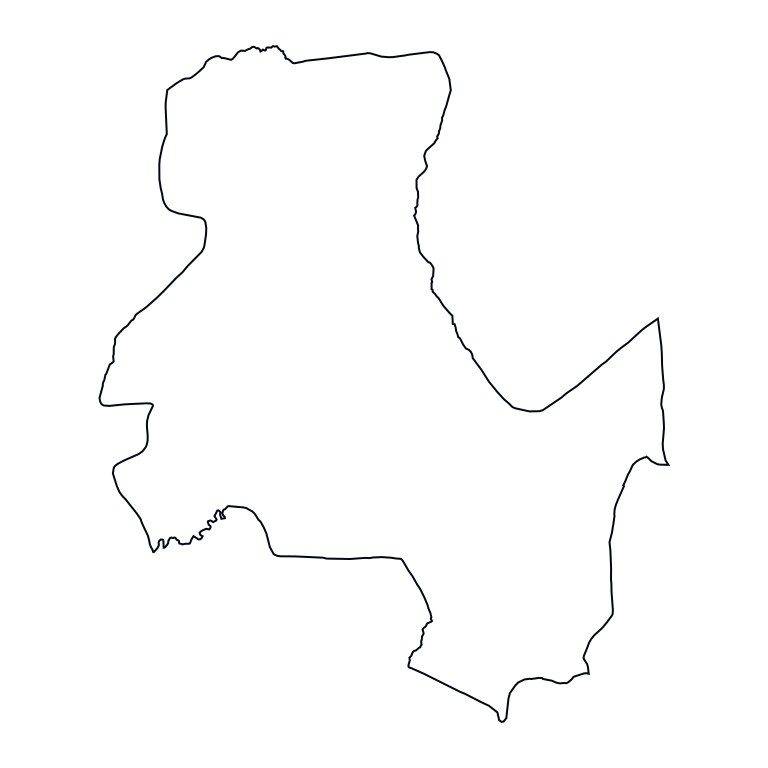 Prasat Ballangk, Kâmpóng Thum, Cambodia
{"feature_id": "14789045B6687253744380", "entity_name": "Prasat Ballangk", "entity_type": "district", "adm_level": 2, "iso_a3": "KHM", "parent_name": "Cambodia", "parent_adm1": "Kâmpóng Thum", "projection": "robinson", "projection_center": [104.812, 13.075], "detail": "fine", "context": "isolated", "style": "outline", "palette": "ink", "viewbox_px": 768, "rotation_deg": 0, "n_neighbors": 0, "source": "geoboundaries", "source_scale": "gbopen_adm2", "svg_char_len": 6047}
<svg xmlns="http://www.w3.org/2000/svg" viewBox="0 0 768 768"><path d="M588.7,673.8L588.0,667.5L587.2,664.2L584.4,659.9L583.6,658.2L583.8,656.1L587.4,647.3L589.1,642.7L591.4,638.7L594.4,635.1L601.9,628.3L606.9,622.4L612.1,615.3L612.7,613.5L612.9,610.4L611.5,591.5L611.4,583.6L611.0,580.1L611.1,568.3L610.4,550.7L609.5,542.2L612.0,532.4L613.5,523.2L614.5,516.1L614.3,513.8L614.7,509.1L615.9,504.9L617.9,499.8L624.0,486.1L623.3,485.4L625.7,480.3L627.8,474.9L630.0,471.1L632.2,466.1L633.2,464.5L636.6,461.4L639.5,459.5L644.3,457.5L645.7,457.3L646.5,456.7L647.9,457.7L651.6,461.3L657.4,464.2L659.7,464.6L668.5,464.9L665.6,460.5L663.0,449.2L662.7,443.5L664.0,428.5L663.8,422.8L663.0,411.0L661.9,407.8L661.2,404.4L661.9,397.4L663.9,388.8L663.9,385.3L663.1,378.5L662.1,365.5L661.8,352.9L661.3,345.5L657.9,318.6L644.7,327.8L640.8,331.0L628.0,342.8L622.1,347.1L616.4,351.7L605.8,361.8L601.8,364.6L577.3,385.8L566.4,393.3L561.4,397.6L542.8,410.2L539.3,411.2L529.4,411.4L515.4,408.3L512.5,407.1L508.6,403.2L503.8,399.1L497.1,391.7L489.1,381.9L481.4,369.8L472.8,358.2L472.2,354.6L470.9,351.9L468.8,349.8L465.8,348.4L463.1,344.5L460.1,338.5L458.1,336.9L457.5,334.2L456.2,331.2L455.7,327.8L454.6,324.2L452.8,324.0L452.4,315.8L449.2,312.6L443.3,305.7L438.6,298.2L436.7,296.3L434.9,293.8L432.7,291.8L432.6,289.9L431.6,289.1L431.6,282.8L432.2,282.1L431.5,279.4L433.1,276.1L433.6,268.7L433.0,266.9L431.3,264.2L429.8,262.5L428.4,262.3L423.0,256.4L419.9,252.3L418.8,247.8L418.9,246.0L418.1,243.3L417.3,236.1L418.2,231.5L418.0,229.0L418.1,225.4L414.1,215.6L415.3,214.3L416.1,211.8L415.2,207.9L416.6,206.8L417.5,205.2L417.3,203.1L417.6,199.1L418.2,197.5L418.0,191.8L416.6,188.2L416.5,179.8L418.5,176.7L423.8,171.9L425.3,170.2L426.5,167.8L427.0,166.2L425.3,161.1L424.2,156.0L424.9,153.6L425.9,151.0L427.7,149.1L434.3,143.2L435.5,140.9L437.7,138.2L437.1,136.5L438.8,133.8L439.1,131.0L440.2,128.5L440.5,125.2L442.2,120.3L442.0,117.7L443.1,115.8L444.7,110.0L446.1,106.6L449.4,94.8L450.8,90.3L449.3,78.8L445.4,69.3L445.1,67.9L441.6,60.2L439.1,55.4L437.5,54.1L433.4,52.3L429.7,52.1L408.0,54.8L405.4,55.4L392.8,57.1L388.5,57.2L381.4,56.6L370.2,53.3L367.4,53.1L366.2,53.5L328.4,58.3L305.6,60.8L303.2,61.6L294.4,63.3L292.7,62.9L289.3,59.8L286.6,58.5L285.7,58.6L285.3,57.7L285.5,56.3L284.1,54.1L283.4,53.6L283.3,51.7L282.9,51.1L281.3,51.2L280.3,49.9L278.8,48.7L276.9,46.2L274.3,46.6L273.4,46.1L272.6,46.3L271.3,47.6L267.3,47.5L266.5,47.8L265.6,50.4L264.7,50.5L262.9,49.6L261.2,51.2L260.5,51.5L259.9,49.8L259.0,48.7L257.8,48.0L256.8,48.5L254.5,47.1L253.3,46.8L252.1,47.1L250.4,48.5L247.6,49.5L245.0,50.9L241.2,50.6L239.4,51.4L237.7,52.6L235.2,56.0L232.6,59.0L231.2,59.8L224.2,58.1L221.6,57.9L219.4,56.3L218.2,56.1L215.5,56.3L211.4,57.9L208.8,59.5L206.2,61.8L203.6,67.3L196.8,73.5L191.9,77.2L189.9,78.3L185.3,78.6L182.7,79.5L176.7,83.1L167.3,90.0L165.7,102.4L165.6,107.4L166.8,134.0L164.7,138.7L162.2,146.8L159.7,159.3L159.3,165.0L159.4,179.3L160.7,188.1L162.1,193.9L163.0,199.5L164.3,203.1L166.4,206.7L168.8,209.3L171.7,211.0L178.4,213.4L200.9,217.7L203.4,219.2L204.2,220.0L205.3,221.8L206.3,228.1L206.0,234.7L204.4,245.5L203.9,247.6L201.6,251.9L187.7,266.0L182.6,272.1L176.3,277.9L163.6,291.2L156.5,298.1L146.0,307.4L136.6,314.1L135.5,315.2L134.0,318.5L132.9,319.8L131.7,320.4L130.3,321.8L128.0,325.0L126.5,326.4L123.7,328.3L118.1,334.2L115.7,337.3L115.0,339.0L115.1,342.3L114.8,344.6L113.8,347.0L113.7,354.3L113.1,356.6L113.7,361.3L113.1,362.1L109.8,364.5L106.3,373.7L105.4,374.8L104.2,380.5L103.4,381.9L102.8,383.9L102.8,385.8L99.5,397.9L100.1,401.3L100.9,403.3L102.1,404.6L103.7,405.5L109.3,405.9L125.3,404.3L146.7,403.3L150.6,403.5L152.6,404.6L153.0,405.8L148.5,415.2L147.2,420.6L146.9,423.8L147.0,427.6L147.7,435.7L147.6,440.8L146.7,444.9L145.8,447.0L142.6,451.2L138.6,454.1L124.0,460.5L117.7,463.9L116.2,465.0L114.3,466.7L113.6,468.6L112.9,473.5L116.8,486.0L119.5,492.1L122.2,495.8L125.4,499.1L136.8,513.5L140.7,519.2L141.6,522.2L143.3,526.0L147.9,535.7L149.1,540.3L149.9,544.4L151.1,547.4L152.2,549.1L153.2,552.0L153.9,552.0L157.7,547.8L158.9,544.9L158.6,542.6L158.9,541.5L159.6,540.5L160.9,539.5L162.4,539.5L163.1,540.0L163.4,541.1L163.7,547.7L164.9,547.5L167.7,544.0L168.2,543.0L168.2,541.8L168.7,540.2L170.2,537.8L171.5,537.6L173.2,538.1L174.4,537.5L175.5,537.9L176.7,539.8L178.0,540.2L179.0,541.1L179.0,542.6L179.4,543.5L181.3,543.9L182.4,544.4L185.1,543.8L189.2,543.7L190.0,543.3L191.3,539.8L193.5,536.1L198.5,539.4L200.1,539.3L201.5,538.3L202.6,536.2L200.7,535.2L200.0,534.3L199.7,532.6L200.7,531.6L202.7,530.3L206.3,528.8L209.2,529.4L210.1,528.5L210.6,527.1L210.4,526.0L208.8,524.9L207.8,522.0L208.2,521.1L210.2,520.5L211.1,520.7L213.1,522.1L216.2,520.5L216.6,519.5L214.5,516.1L217.3,510.6L218.2,510.3L219.7,511.3L220.5,512.3L220.1,514.2L220.4,515.8L221.4,518.8L224.9,518.2L224.7,516.8L223.2,515.5L222.4,513.5L222.8,511.5L223.6,509.7L225.0,509.3L227.2,506.9L228.2,506.1L229.7,506.2L243.1,507.4L246.1,508.0L252.2,511.4L253.6,512.6L255.4,514.7L258.3,519.6L260.5,521.6L263.5,526.9L266.4,533.5L269.9,547.2L273.8,554.3L277.2,555.8L280.5,556.3L294.7,556.4L323.1,557.7L326.6,558.6L350.0,559.0L365.1,557.9L369.8,558.1L372.7,557.5L381.9,557.1L392.0,557.8L395.3,558.4L401.2,558.9L402.9,561.0L408.8,571.1L412.2,575.7L417.6,585.2L420.3,589.2L424.1,596.9L427.4,604.7L428.7,609.1L430.4,613.1L431.4,617.2L430.8,618.8L432.0,621.0L431.3,621.7L427.2,623.4L426.6,624.8L425.6,626.5L423.7,627.9L422.6,629.7L423.6,633.0L423.4,634.2L422.0,636.5L421.8,639.4L421.1,641.8L421.6,644.7L421.0,645.2L420.3,647.2L419.0,647.8L415.9,650.5L414.0,650.9L412.8,652.1L411.3,655.8L409.4,657.7L409.8,660.6L408.6,664.5L408.4,666.4L409.4,667.6L410.7,667.9L423.8,673.7L460.0,691.8L464.5,693.6L481.5,702.3L489.0,705.8L497.4,712.4L499.1,720.0L501.4,721.9L503.6,721.5L506.3,718.2L508.5,698.4L509.9,693.1L515.3,685.5L518.2,682.5L524.4,679.5L529.2,678.8L531.4,679.0L538.9,677.9L541.9,678.0L543.0,679.0L551.5,680.6L556.7,682.8L560.0,683.4L563.7,683.0L566.5,683.2L568.3,682.2L570.0,680.8L571.6,679.4L573.5,676.9L574.2,676.6L584.1,673.4L586.8,673.2L588.7,673.8Z" fill="none" stroke="#020617" stroke-width="2"/></svg>